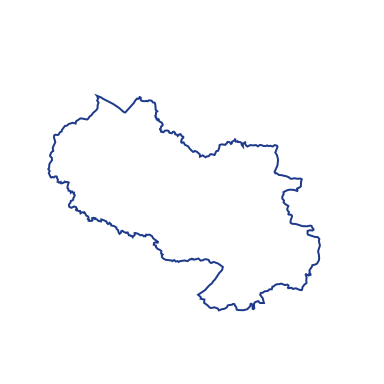 the district of Iakora, Ihorombe, Madagascar, rotated 124°
{"feature_id": "10022922B30377745880071", "entity_name": "Iakora", "entity_type": "district", "adm_level": 2, "iso_a3": "MDG", "parent_name": "Madagascar", "parent_adm1": "Ihorombe", "projection": "orthographic", "projection_center": [46.657, -23.157], "detail": "fine", "context": "isolated", "style": "outline", "palette": "blue", "viewbox_px": 384, "rotation_deg": 124, "n_neighbors": 0, "source": "geoboundaries", "source_scale": "gbopen_adm2", "svg_char_len": 6064}
<svg xmlns="http://www.w3.org/2000/svg" viewBox="0 0 384 384"><g transform="rotate(124 192 192)"><path d="M112.7,145.0L106.8,146.3L106.1,147.3L106.8,149.6L109.2,150.7L109.9,153.0L111.2,154.2L111.3,155.7L112.9,156.8L113.9,158.6L114.5,161.3L115.6,162.3L117.3,162.9L117.3,165.2L119.0,167.1L120.6,170.0L123.3,171.5L123.3,172.8L122.3,175.2L121.4,175.3L121.1,175.8L123.9,176.8L125.7,175.3L125.1,177.2L123.6,178.3L123.7,180.0L124.9,181.9L124.4,182.7L125.7,183.8L125.3,184.9L124.2,185.6L124.3,185.9L125.7,185.7L128.1,186.9L129.5,186.2L130.4,186.6L129.7,188.2L130.1,189.9L130.8,190.6L132.4,190.3L133.6,190.9L134.3,190.8L135.9,194.0L137.6,195.4L139.9,194.2L143.2,193.4L144.3,194.5L145.1,194.6L148.7,194.0L149.9,197.3L150.5,197.9L153.0,198.2L154.1,199.5L155.6,200.2L155.7,203.7L158.2,205.1L156.4,206.6L155.9,210.7L156.5,212.7L157.7,213.0L158.2,213.8L157.4,218.1L156.3,220.6L156.8,224.4L155.6,226.5L155.9,227.3L156.8,227.8L156.9,228.5L156.1,229.3L154.1,230.0L151.7,229.6L151.1,230.2L151.4,231.6L150.5,233.9L151.2,234.7L153.5,235.2L152.9,236.3L153.5,238.2L152.5,239.1L152.1,240.7L152.9,241.4L154.6,241.6L155.5,243.9L154.5,245.5L154.7,246.6L156.1,248.6L158.5,249.2L159.3,251.5L158.1,252.0L158.1,253.5L157.7,253.8L156.4,253.6L155.0,254.2L153.4,253.6L152.3,254.1L151.4,256.0L151.7,257.7L151.5,259.4L150.4,260.1L150.5,260.9L151.7,261.1L151.3,262.4L150.5,262.9L150.4,263.9L149.6,264.2L149.4,265.0L148.3,265.1L145.9,266.4L144.5,265.9L144.1,268.2L140.6,270.8L139.0,272.5L139.0,273.3L139.6,274.5L138.9,276.5L140.0,278.9L141.7,279.6L141.8,280.5L143.4,282.3L144.4,284.2L144.5,285.3L144.1,286.2L142.4,287.3L142.6,288.5L144.2,288.3L145.1,288.9L145.3,289.8L147.9,290.2L150.7,290.0L163.4,291.8L163.9,293.2L163.1,299.4L163.1,306.5L164.5,318.1L164.4,320.1L165.4,324.5L165.7,323.6L166.5,323.1L166.8,322.1L169.2,321.8L170.1,319.5L172.7,318.8L175.5,317.1L177.6,317.1L181.6,318.2L184.5,318.3L186.8,319.1L189.6,319.1L190.6,319.6L192.7,324.6L193.5,325.7L198.2,327.6L200.4,326.8L201.2,329.5L204.4,332.1L207.0,332.9L208.4,334.3L213.3,334.5L214.7,333.9L216.5,334.9L219.1,334.7L219.9,335.3L220.9,337.3L222.2,337.9L223.9,337.0L227.1,333.2L233.2,332.2L235.6,330.0L236.6,330.5L238.7,330.7L241.1,330.1L241.7,329.5L241.9,327.6L243.9,325.8L247.2,326.0L249.2,325.6L251.8,324.0L253.4,323.9L254.1,321.8L256.4,321.3L258.8,317.3L258.6,316.7L257.7,316.2L257.2,314.7L255.9,314.4L255.0,313.4L254.9,312.7L255.9,311.8L256.6,310.2L258.7,309.1L258.4,308.3L258.6,307.6L257.1,306.5L258.1,305.7L258.0,305.2L255.9,303.5L254.6,303.4L254.2,301.7L253.4,301.0L253.1,299.5L256.1,298.7L258.4,297.5L258.6,296.3L259.9,295.1L259.2,293.3L260.4,292.1L258.7,291.5L259.1,290.5L258.5,289.5L259.7,288.9L260.0,287.6L261.5,287.0L263.5,286.9L264.8,286.2L265.8,286.4L267.1,287.5L268.8,286.8L270.7,287.0L271.8,286.7L272.9,285.4L272.6,283.2L269.9,281.6L269.4,279.8L270.4,277.8L271.4,278.4L271.9,277.8L271.0,274.9L270.4,274.3L272.0,272.5L270.3,271.9L269.8,270.1L269.0,270.1L269.0,269.7L270.7,266.4L270.4,264.8L270.9,263.7L271.5,263.2L272.6,263.3L272.6,261.8L273.6,261.6L273.2,260.5L271.6,258.7L270.8,258.7L269.7,260.2L268.5,259.3L267.9,257.9L268.6,257.9L268.7,257.5L267.9,255.5L268.3,253.3L267.3,251.0L265.4,251.9L264.7,249.1L264.3,246.4L265.2,245.2L265.5,243.7L264.9,243.1L263.7,243.2L263.9,241.3L264.9,240.3L263.9,237.8L263.7,235.0L264.8,233.9L264.9,232.1L266.5,230.3L267.2,228.7L265.6,228.2L264.0,228.7L263.1,228.1L263.2,226.1L262.7,223.6L261.8,223.2L261.5,222.6L263.2,220.2L262.5,219.4L262.7,218.3L262.1,217.5L262.6,215.9L261.3,216.0L260.2,215.4L259.2,215.7L258.4,216.6L257.8,216.3L256.9,213.8L256.7,210.6L255.5,209.1L255.6,207.1L255.1,207.0L254.7,205.8L253.1,206.2L252.3,204.7L251.1,203.4L251.0,200.3L252.1,198.4L252.4,192.3L253.1,192.1L254.6,194.5L255.6,195.0L257.1,194.2L256.7,191.8L257.8,191.0L258.4,188.8L257.9,185.8L258.2,184.3L260.2,183.3L260.3,181.3L261.4,181.6L262.7,180.6L263.2,178.8L262.9,175.9L260.1,170.4L260.3,169.7L258.4,168.7L258.7,166.6L257.4,165.4L257.5,164.0L256.4,163.6L253.0,160.0L251.8,157.0L249.0,156.1L248.7,155.4L247.6,155.1L247.3,154.5L247.5,154.0L247.0,153.6L247.0,152.5L243.5,149.4L244.1,146.6L242.5,144.8L241.0,144.1L240.0,142.9L239.1,140.8L239.2,139.8L240.1,138.5L240.3,137.0L240.0,136.2L238.0,135.1L237.6,134.0L236.7,130.2L236.9,124.5L239.6,123.5L240.7,123.5L243.7,124.1L251.6,124.0L254.1,124.5L256.3,124.4L260.5,125.6L266.0,126.3L273.8,129.5L274.2,126.2L274.8,125.3L275.7,125.1L274.2,121.6L277.1,120.0L277.2,116.0L277.9,112.7L277.5,111.3L275.0,108.8L274.2,105.4L275.1,103.5L272.6,101.8L270.8,99.9L268.2,98.6L266.6,98.9L265.6,98.7L263.1,95.8L262.2,95.6L261.3,94.6L261.3,94.0L262.2,92.7L262.7,91.0L264.5,89.2L264.1,87.8L261.2,83.2L258.2,80.6L254.1,79.9L252.0,80.8L251.4,80.2L252.0,78.5L254.9,76.5L254.8,75.6L253.7,75.3L250.2,78.1L248.2,78.1L245.6,76.3L245.4,75.6L246.0,74.2L245.9,73.4L243.8,70.3L240.5,74.0L239.1,78.0L237.3,78.5L235.9,77.0L233.7,76.2L231.6,73.8L229.5,73.4L228.0,71.5L225.5,72.4L224.5,71.4L223.0,71.2L220.8,69.9L219.8,68.3L218.0,66.7L217.3,63.1L215.5,61.2L215.4,60.4L215.8,59.4L217.7,59.0L217.9,58.4L215.7,55.8L216.0,54.3L213.7,52.0L213.0,48.2L212.2,46.4L211.6,46.1L208.9,47.2L205.9,47.0L203.4,46.2L201.3,47.9L199.0,49.0L196.9,51.6L196.4,51.5L196.0,48.6L194.3,47.4L193.9,47.7L194.0,49.2L192.5,49.5L191.9,50.4L191.1,50.8L186.6,50.9L185.4,51.3L182.9,49.0L181.3,48.3L177.7,48.6L176.0,49.4L173.2,51.6L170.7,54.3L164.9,56.0L161.7,59.4L159.7,60.2L159.1,62.6L160.4,64.7L162.5,72.0L162.1,72.8L159.6,74.4L157.7,72.8L156.6,70.6L155.3,70.1L154.9,70.4L154.3,72.3L153.3,74.0L153.8,75.2L156.2,77.6L158.5,81.3L160.5,88.1L162.3,91.1L162.4,93.1L160.7,94.2L156.4,95.4L155.6,96.1L155.6,97.5L156.6,99.2L156.5,99.7L154.4,100.4L154.0,102.2L152.9,103.6L149.7,104.3L149.9,108.0L149.3,110.4L147.6,111.0L147.0,113.4L145.5,114.5L142.6,114.8L141.0,116.1L137.2,114.0L135.4,112.3L133.2,108.5L132.3,105.3L131.6,105.5L130.5,106.8L127.5,105.1L126.2,105.0L122.7,107.3L120.1,108.1L120.2,109.5L122.2,112.2L123.2,114.6L125.7,117.2L125.9,119.0L125.6,119.8L126.2,122.6L128.3,127.9L129.2,129.2L129.2,132.8L129.9,133.4L129.1,134.8L122.2,136.0L117.1,138.7L113.8,142.3L112.7,145.0Z" fill="none" stroke="#1e3a8a" stroke-width="2"/></g></svg>